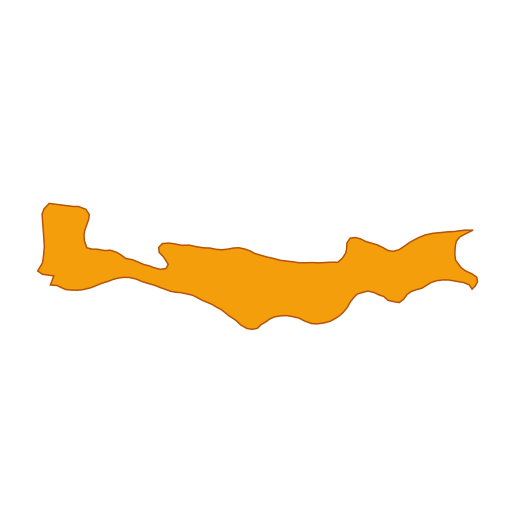 IV-1 Moblissa/La Reconnai, Demerara-Mahaica, Guyana, rotated 264°
{"feature_id": "73187651B62691017600789", "entity_name": "IV-1 Moblissa/La Reconnai", "entity_type": "district", "adm_level": 2, "iso_a3": "GUY", "parent_name": "Guyana", "parent_adm1": "Demerara-Mahaica", "projection": "natural_earth1", "projection_center": [-58.193, 6.469], "detail": "fine", "context": "isolated", "style": "filled", "palette": "amber", "viewbox_px": 512, "rotation_deg": 264, "n_neighbors": 0, "source": "geoboundaries", "source_scale": "gbopen_adm2", "svg_char_len": 2432}
<svg xmlns="http://www.w3.org/2000/svg" viewBox="0 0 512 512"><g transform="rotate(264 256 256)"><path d="M259.1,474.7L259.3,471.4L259.9,466.2L259.8,460.8L259.6,455.7L260.0,449.0L260.0,442.2L260.1,434.3L259.2,426.2L257.2,419.4L255.2,414.3L253.2,409.7L250.6,405.2L247.4,399.1L246.3,393.4L247.5,388.1L250.7,383.7L254.3,378.0L257.0,371.5L259.1,366.4L262.3,361.4L264.0,356.7L263.9,351.5L259.3,347.7L254.2,347.0L249.5,345.5L244.8,341.7L241.2,336.7L242.0,329.9L242.3,323.6L242.6,318.0L243.6,311.1L244.1,304.6L244.7,298.3L246.2,292.8L247.6,286.7L249.2,279.6L251.5,273.8L253.9,266.7L256.4,260.5L258.7,254.9L261.6,250.8L264.2,245.4L266.0,239.8L266.3,234.1L265.8,229.1L265.8,222.3L266.8,217.1L268.8,210.7L269.5,205.4L271.3,198.1L273.8,190.8L274.4,183.2L276.4,177.0L277.9,171.1L278.2,164.2L274.6,160.1L269.6,160.1L265.1,163.7L260.9,165.9L256.8,167.8L253.0,165.3L252.7,159.5L255.0,153.4L257.3,148.9L259.4,143.2L262.2,138.4L265.2,132.7L267.2,126.2L270.9,122.2L274.1,118.0L277.0,111.7L277.2,106.1L279.3,99.0L280.0,93.6L281.9,88.6L288.9,87.0L294.8,87.1L299.9,88.6L305.5,91.3L310.1,93.5L314.7,94.5L320.1,91.8L323.8,84.6L324.4,79.3L329.9,55.8L325.0,50.1L319.9,47.6L303.9,47.1L287.4,46.5L277.1,44.4L271.4,42.9L263.9,37.3L260.1,41.7L257.4,52.8L248.6,48.5L247.6,54.7L242.6,63.0L241.4,68.9L240.7,74.6L240.6,79.9L241.6,88.0L243.0,93.0L245.0,99.8L246.2,106.1L247.6,111.2L248.5,117.2L248.6,122.3L247.9,127.8L245.6,134.4L242.4,140.2L239.7,146.5L237.4,152.3L234.8,157.1L232.1,162.8L229.9,167.2L228.4,172.2L227.4,177.4L225.4,183.7L223.5,189.1L220.3,193.9L217.5,198.0L215.0,202.6L212.6,207.0L209.3,211.4L206.5,215.6L203.3,219.0L199.6,222.5L196.7,226.2L193.6,229.8L188.9,233.7L184.9,239.3L183.5,244.3L183.9,249.8L187.4,254.2L189.5,259.0L192.2,263.6L193.6,268.6L193.9,274.4L193.5,280.4L192.1,285.4L189.8,292.2L186.6,297.0L183.0,304.1L182.1,309.5L182.3,316.6L183.3,322.8L185.8,328.8L188.0,333.1L190.9,336.9L195.6,341.7L200.0,344.6L204.7,349.1L207.6,352.8L208.7,358.5L209.4,363.7L207.4,369.5L204.7,373.8L202.4,378.8L198.1,382.7L196.2,388.2L194.7,393.6L197.5,398.2L202.0,402.3L204.5,406.7L205.8,412.4L206.7,417.8L208.9,422.3L211.1,426.8L212.5,432.2L212.7,438.9L212.0,445.1L210.1,451.9L207.9,459.7L205.0,465.1L200.4,467.4L203.4,471.0L207.3,473.7L211.9,473.3L215.7,468.9L219.1,463.1L222.9,458.8L226.8,456.5L230.9,454.1L236.0,453.9L240.8,454.5L245.3,455.3L250.0,456.9L253.7,460.8L255.8,465.8L259.1,474.7Z" fill="#f59e0b" stroke="#b45309" stroke-width="1.5"/></g></svg>